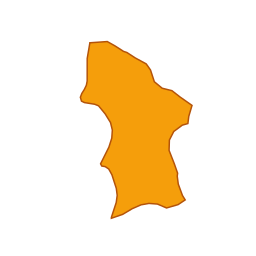 outline of Bijelo Polje, rotated 235°
{"feature_id": "MNE-1510", "entity_name": "Bijelo Polje", "entity_type": "Municipality", "adm_level": 1, "iso_a3": "MNE", "parent_name": "Montenegro", "parent_adm1": "", "projection": "orthographic", "projection_center": [19.735, 43.063], "detail": "fine", "context": "isolated", "style": "filled", "palette": "amber", "viewbox_px": 256, "rotation_deg": 235, "n_neighbors": 0, "source": "natural_earth", "source_scale": "10m", "svg_char_len": 840}
<svg xmlns="http://www.w3.org/2000/svg" viewBox="0 0 256 256"><g transform="rotate(235 128 128)"><path d="M63.6,62.6L64.3,63.1L73.7,75.6L79.0,80.5L85.3,83.8L98.9,88.0L105.5,88.7L109.4,87.2L111.9,84.7L114.4,85.0L123.3,101.4L129.0,108.9L135.3,114.0L142.5,116.8L152.6,117.4L163.1,116.6L166.6,114.3L173.8,106.9L176.7,105.3L180.5,106.6L182.8,110.0L184.6,114.3L186.9,118.4L189.9,121.5L208.4,134.5L219.1,145.1L219.7,145.6L210.7,160.6L202.8,164.4L193.3,168.3L190.5,170.4L181.5,174.0L170.0,179.7L162.6,179.7L150.8,176.1L141.0,178.8L133.4,185.4L123.6,188.4L109.8,193.4L102.7,184.5L97.3,179.6L99.2,174.1L98.9,163.5L94.4,155.0L86.1,148.8L72.1,145.4L62.5,142.7L60.3,140.7L53.2,137.0L41.5,133.9L36.3,133.6L36.5,125.1L40.4,113.7L48.8,108.5L54.2,101.9L57.6,94.6L59.5,85.1L60.3,74.2L63.6,62.6Z" fill="#f59e0b" stroke="#b45309" stroke-width="1.5"/></g></svg>